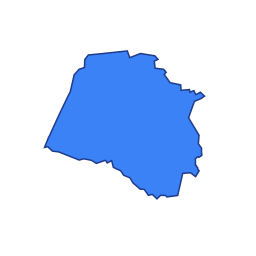 outline of Pitt, North Carolina, United States of America, rotated 331°
{"feature_id": "52423323B49517709144014", "entity_name": "Pitt", "entity_type": "district", "adm_level": 2, "iso_a3": "USA", "parent_name": "United States of America", "parent_adm1": "North Carolina", "projection": "mercator", "projection_center": [-77.336, 35.58], "detail": "fine", "context": "isolated", "style": "filled", "palette": "blue", "viewbox_px": 256, "rotation_deg": 331, "n_neighbors": 0, "source": "geoboundaries", "source_scale": "gbopen_adm2", "svg_char_len": 1172}
<svg xmlns="http://www.w3.org/2000/svg" viewBox="0 0 256 256"><g transform="rotate(331 128 128)"><path d="M182.5,181.4L181.9,175.9L186.6,168.8L185.9,148.4L199.0,136.9L206.1,137.7L210.4,137.2L208.6,131.8L203.5,131.7L203.7,127.2L199.5,126.7L200.4,124.2L192.7,120.8L195.0,115.8L186.8,108.8L185.6,98.8L188.4,97.8L187.6,93.9L180.7,88.8L183.4,82.3L187.5,82.5L186.5,77.9L175.0,68.9L163.6,67.3L164.8,60.3L156.6,56.8L139.3,49.5L128.7,44.9L123.5,47.1L119.2,54.0L113.7,52.9L106.7,55.4L95.1,68.3L90.9,71.1L74.3,82.9L57.6,95.2L56.2,96.3L55.1,97.0L53.7,97.9L45.6,104.5L48.7,105.4L50.7,111.6L55.8,115.3L69.8,132.4L74.4,133.5L80.3,138.5L83.2,143.6L92.6,145.3L92.9,148.5L97.9,148.6L96.1,155.3L100.9,162.0L101.3,167.2L105.5,172.5L105.8,178.7L109.1,187.5L112.4,189.4L113.2,196.7L117.1,197.9L119.0,204.0L123.9,202.7L128.3,205.3L128.5,207.1L138.7,211.1L153.9,194.2L161.0,197.5L163.5,203.3L169.4,200.0L169.3,198.9L169.0,198.5L169.3,197.2L169.7,196.7L169.3,195.4L169.5,194.7L169.4,193.9L168.9,193.5L172.0,187.6L174.8,186.9L175.4,187.1L175.4,187.7L176.6,188.0L177.7,187.8L178.9,187.9L179.7,187.3L179.7,186.8L180.9,184.1L182.5,181.4Z" fill="#3b82f6" stroke="#1e3a8a" stroke-width="1.5"/></g></svg>